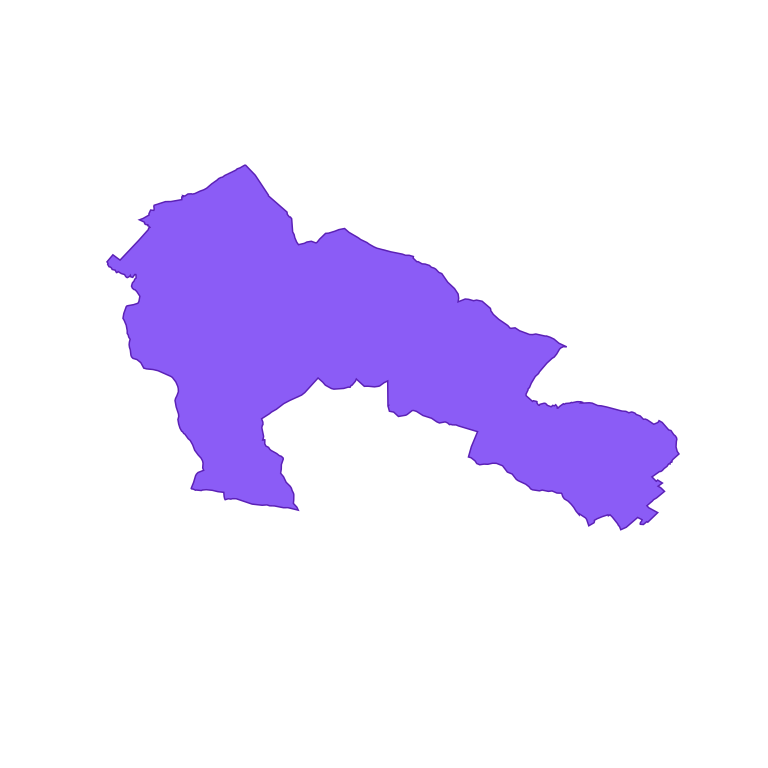 Borascu, Gorj, Romania (Albers equal-area conic projection), rotated 199°
{"feature_id": "2599482B74133650758011", "entity_name": "Borascu", "entity_type": "district", "adm_level": 2, "iso_a3": "ROU", "parent_name": "Romania", "parent_adm1": "Gorj", "projection": "albers", "projection_center": [23.247, 44.703], "detail": "fine", "context": "isolated", "style": "filled", "palette": "violet", "viewbox_px": 768, "rotation_deg": 199, "n_neighbors": 0, "source": "geoboundaries", "source_scale": "gbopen_adm2", "svg_char_len": 6115}
<svg xmlns="http://www.w3.org/2000/svg" viewBox="0 0 768 768"><g transform="rotate(199 384 384)"><path d="M365.3,507.2L368.5,507.4L372.5,509.5L374.4,509.9L377.2,509.8L379.6,510.9L384.2,510.8L387.1,510.0L391.6,510.8L392.7,510.3L397.4,512.5L397.7,514.1L402.0,513.9L405.6,512.7L408.8,512.8L420.6,511.2L434.9,510.1L438.2,510.4L443.2,511.3L446.2,512.2L453.1,513.0L455.6,513.8L466.5,516.0L471.9,518.2L476.9,515.3L480.3,512.4L485.5,508.6L488.3,507.4L492.1,499.9L493.2,496.7L493.8,495.6L494.5,495.2L499.2,495.3L503.2,493.1L505.1,491.1L510.2,487.9L512.7,489.7L515.9,493.2L517.7,496.1L519.9,498.1L525.1,510.2L526.9,511.4L527.8,511.1L530.6,512.9L531.7,515.0L554.6,524.3L554.8,525.0L573.7,539.5L586.0,545.8L587.0,545.5L590.5,541.5L592.9,539.6L593.8,537.9L602.5,529.3L604.1,526.9L605.3,526.3L607.2,524.4L608.2,522.5L611.9,517.4L615.5,511.3L617.7,508.9L620.7,506.5L624.8,502.5L626.9,501.2L628.1,501.1L631.3,499.8L633.1,497.3L633.8,496.8L635.7,496.6L635.0,495.7L636.1,495.0L635.2,492.5L644.8,487.2L650.0,485.3L659.5,478.2L659.5,477.2L658.2,474.4L658.2,473.2L661.3,472.5L661.7,468.5L661.2,467.2L665.7,462.1L668.7,459.6L663.8,459.1L663.0,458.8L662.5,457.6L660.8,457.2L659.2,457.7L658.9,456.8L658.3,456.9L656.3,455.9L657.3,454.8L657.1,453.3L662.8,439.7L673.9,415.2L682.4,417.9L685.7,409.3L684.7,408.6L684.2,408.0L684.3,407.3L683.2,406.2L682.0,405.3L680.9,405.5L679.6,405.0L678.3,403.8L675.3,404.1L673.3,402.3L672.9,402.3L671.9,403.7L668.4,402.9L664.9,403.0L663.2,401.5L661.9,401.0L661.2,401.1L659.4,403.1L659.2,404.1L658.3,402.9L656.3,403.0L655.3,406.4L654.3,406.7L654.0,406.3L652.9,403.6L653.8,402.0L653.8,400.2L654.8,397.6L654.6,394.3L653.0,392.6L651.1,391.9L649.9,392.0L647.7,390.8L643.4,387.5L642.6,382.2L643.0,380.2L646.6,377.5L651.6,374.7L652.5,374.1L652.9,373.3L653.0,366.0L652.2,361.1L650.4,359.6L646.9,355.7L644.2,350.9L643.2,348.1L641.9,347.2L640.7,345.3L638.6,343.6L638.4,340.8L637.8,338.2L636.6,335.8L635.0,333.7L632.7,328.9L631.6,327.5L629.7,326.5L625.6,326.7L620.9,325.0L616.3,320.8L613.4,321.0L607.1,322.5L601.9,323.0L588.0,321.8L586.2,321.3L581.5,318.2L578.2,314.6L577.0,312.6L575.9,309.7L576.0,305.5L576.4,302.5L576.2,300.3L573.0,294.6L568.5,288.7L567.5,286.4L567.3,283.3L565.1,279.3L562.6,275.9L560.1,273.6L558.9,273.3L557.2,272.0L556.0,271.8L551.3,268.5L548.8,267.5L545.1,264.2L541.4,259.7L536.6,256.4L532.9,254.4L530.6,252.3L529.3,250.2L528.1,245.6L526.4,243.7L531.0,239.8L532.0,237.7L532.3,235.9L532.0,229.1L532.3,223.1L532.3,222.5L531.9,222.2L529.9,222.5L527.7,222.2L527.1,222.6L522.0,223.8L521.2,224.6L517.7,226.2L511.7,227.6L506.1,228.1L500.2,229.4L498.6,225.7L497.3,223.6L496.5,222.9L493.9,224.8L491.3,225.3L490.0,226.2L486.4,227.4L469.6,227.5L459.7,229.7L455.3,231.6L452.5,231.6L448.1,233.0L438.7,234.3L434.6,235.8L424.0,236.8L426.3,239.2L430.8,241.6L431.6,245.0L433.2,249.9L433.9,251.1L436.2,253.4L437.6,255.3L439.3,256.7L444.5,259.2L448.8,263.6L452.7,266.0L453.4,270.0L454.8,274.4L454.8,280.2L455.3,281.2L457.5,282.2L459.7,282.2L462.7,283.3L469.0,284.4L470.8,285.1L472.5,286.5L475.5,286.9L477.3,288.7L478.5,292.4L479.5,292.3L479.8,291.7L480.5,291.5L480.5,293.5L480.8,295.3L485.3,302.9L485.6,305.4L485.2,306.1L486.1,308.5L488.4,311.3L482.7,318.5L481.2,320.9L477.5,325.1L472.4,332.8L467.6,337.9L458.3,346.7L456.1,350.1L448.3,368.2L442.5,365.8L439.1,363.8L432.2,362.6L429.8,362.8L420.6,366.7L416.8,369.4L415.0,369.9L414.6,372.0L413.8,372.5L412.0,377.2L411.8,379.7L401.9,375.4L398.4,376.7L392.1,378.2L388.9,379.8L387.5,380.7L384.4,385.2L381.5,388.1L373.2,364.8L372.8,365.0L373.0,364.4L370.0,360.0L365.7,360.6L359.8,358.0L353.2,361.6L352.1,362.8L348.7,368.1L347.3,368.6L344.4,368.7L336.9,366.9L327.9,367.1L321.7,365.4L318.9,365.2L313.8,368.1L311.2,367.9L308.9,366.9L307.6,367.6L306.1,367.6L302.5,368.8L300.1,368.6L280.0,369.4L281.0,353.1L280.4,342.5L277.6,342.6L272.8,340.9L270.4,339.0L267.2,338.8L263.4,340.8L259.7,341.9L255.6,344.4L251.9,345.6L245.3,345.3L238.7,340.9L233.5,340.6L227.9,336.9L225.8,336.3L217.3,335.4L213.3,334.0L211.2,332.6L209.2,332.3L202.2,333.6L199.9,335.2L193.6,336.0L190.3,337.6L185.0,337.2L180.8,338.5L180.1,338.1L178.3,335.7L176.1,334.1L171.8,333.2L167.7,331.2L164.4,329.1L160.9,326.2L156.8,323.8L157.0,324.8L149.8,323.0L148.3,321.9L144.2,316.6L140.3,321.1L140.2,322.2L140.7,323.6L138.6,326.0L134.5,329.6L129.7,333.2L129.0,332.4L127.7,333.9L124.9,332.6L117.4,327.8L116.9,327.1L114.7,325.7L112.7,323.3L108.3,327.4L100.7,340.4L95.8,339.7L95.8,338.4L96.4,336.4L96.3,335.2L96.0,334.8L93.0,335.6L90.7,339.4L89.6,339.2L83.3,351.5L93.4,353.2L95.8,354.5L92.2,360.6L91.4,362.5L89.2,365.0L83.8,373.8L88.5,376.0L91.6,376.6L88.5,381.0L94.0,382.3L94.8,380.7L95.2,380.8L100.4,383.4L95.0,390.9L93.8,391.4L92.7,392.8L91.6,395.3L89.6,398.3L88.9,401.1L87.5,401.6L87.8,402.2L87.4,403.5L86.5,403.7L86.4,404.3L86.8,405.3L86.1,407.1L82.3,413.9L84.8,415.7L87.4,419.6L88.9,425.0L89.1,427.0L89.9,428.4L91.5,429.7L93.6,430.5L97.5,433.4L99.9,433.3L108.4,438.2L112.0,438.9L112.3,437.2L113.0,436.3L115.8,433.8L123.4,435.8L125.5,435.9L127.2,435.1L131.3,437.2L135.6,437.3L137.0,438.1L139.6,438.3L140.9,438.1L143.1,436.5L146.4,436.9L150.1,435.9L165.6,434.8L171.5,434.1L174.9,433.2L180.9,433.7L183.7,433.1L190.6,430.4L191.7,430.1L190.8,431.3L192.0,431.3L195.6,430.2L200.0,427.6L200.8,427.6L202.1,426.4L205.8,424.8L207.1,423.5L208.0,423.7L210.7,419.9L211.6,417.9L212.3,417.6L212.9,418.9L214.9,420.3L215.7,418.9L217.6,418.7L218.0,417.7L218.6,416.9L222.8,417.0L223.4,417.6L225.0,418.2L226.3,418.0L229.9,415.6L230.2,414.4L231.0,414.3L232.6,415.3L233.3,416.0L233.5,417.0L234.0,417.2L237.3,416.8L237.9,415.9L245.8,419.2L246.4,420.7L245.9,424.9L246.1,426.4L245.3,428.0L245.0,432.7L243.4,440.4L241.3,444.2L241.0,446.1L236.8,456.7L233.4,463.0L231.8,464.9L230.5,468.5L229.4,474.0L228.7,475.5L226.6,477.7L223.3,478.6L231.9,479.5L237.8,481.8L242.0,482.3L245.9,482.3L247.2,481.8L256.7,480.7L259.6,479.1L262.5,478.2L273.2,478.5L278.3,479.8L282.0,478.0L283.1,477.9L286.0,479.6L296.5,482.5L303.3,485.4L307.0,488.2L307.4,489.3L308.1,490.2L318.1,494.2L323.8,493.5L326.4,491.9L331.6,491.6L334.9,490.8L340.7,485.8L341.3,489.4L343.2,493.2L348.4,497.2L356.9,501.0L365.3,507.2Z" fill="#8b5cf6" stroke="#5b21b6" stroke-width="1.5"/></g></svg>